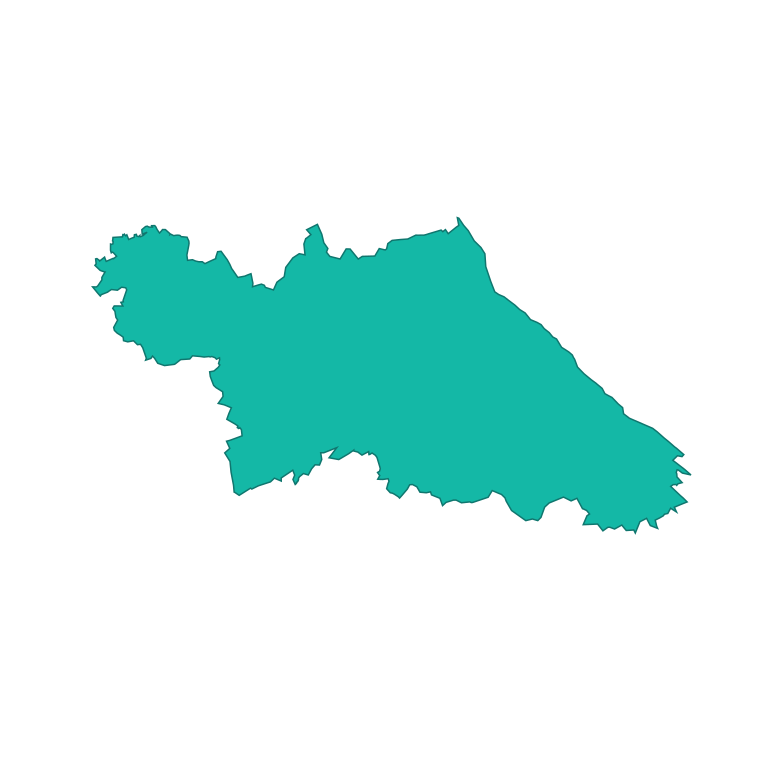 Central Karoo, Western Cape, South Africa, rotated 230°
{"feature_id": "47623444B66747201173997", "entity_name": "Central Karoo", "entity_type": "district", "adm_level": 2, "iso_a3": "ZAF", "parent_name": "South Africa", "parent_adm1": "Western Cape", "projection": "equal_earth", "projection_center": [22.176, -32.556], "detail": "fine", "context": "isolated", "style": "filled", "palette": "teal", "viewbox_px": 768, "rotation_deg": 230, "n_neighbors": 0, "source": "geoboundaries", "source_scale": "gbopen_adm2", "svg_char_len": 6035}
<svg xmlns="http://www.w3.org/2000/svg" viewBox="0 0 768 768"><g transform="rotate(230 384 384)"><path d="M660.7,238.8L653.5,239.6L652.2,240.3L649.3,242.1L649.1,242.3L647.0,236.4L645.1,234.8L643.1,227.7L643.2,226.1L645.7,223.2L638.0,223.1L633.7,223.2L633.7,223.4L634.2,224.8L632.0,231.4L632.1,231.5L631.6,235.9L627.2,240.1L626.8,245.2L623.7,248.0L621.5,247.4L615.7,237.8L614.5,237.2L615.7,234.9L611.6,234.1L617.2,227.5L616.3,224.8L612.6,224.6L610.0,223.0L607.2,221.4L604.2,221.1L601.1,213.3L598.3,211.9L594.5,212.3L590.5,213.6L587.5,214.3L584.6,212.3L581.0,214.8L578.1,219.9L572.6,220.4L570.9,223.0L566.9,222.5L556.5,218.5L555.5,216.7L553.4,221.9L554.2,224.6L551.3,224.8L545.3,224.0L539.2,227.7L533.9,235.9L533.6,236.9L533.4,243.9L528.8,250.2L528.0,251.3L528.7,255.4L523.2,260.9L520.3,263.5L517.5,267.6L516.5,268.2L515.7,269.8L512.7,271.5L510.7,271.6L509.8,274.8L508.3,273.8L505.9,270.3L504.1,270.5L503.3,267.6L503.3,262.0L505.4,258.3L501.3,255.7L496.8,254.1L492.4,252.6L489.2,253.0L481.8,255.4L477.9,252.7L475.7,244.5L470.8,248.2L463.9,251.8L461.1,246.2L458.0,240.9L449.6,244.0L446.0,245.1L445.8,245.1L445.4,244.7L445.2,243.9L445.0,243.7L444.6,244.1L444.4,244.1L444.0,243.9L443.7,243.8L443.4,244.0L443.1,244.7L443.2,245.5L440.7,245.4L435.5,242.0L437.9,235.3L440.0,229.5L441.4,226.6L433.8,224.5L433.6,217.7L424.6,216.4L423.7,216.3L414.8,210.2L403.6,203.9L402.5,203.2L397.5,199.7L397.0,200.0L391.8,201.5L390.0,214.8L388.5,215.2L386.7,222.5L384.4,228.2L382.0,234.1L382.3,239.5L375.7,242.9L378.1,244.9L376.6,258.7L371.6,257.0L369.4,252.9L364.1,251.4L364.1,251.8L364.1,252.2L364.1,252.4L364.2,252.8L364.2,253.1L364.5,253.7L364.6,254.0L364.8,253.9L364.8,254.1L364.9,254.5L364.7,255.0L364.8,255.4L365.1,255.9L365.1,256.1L365.3,256.1L365.5,256.3L365.6,256.6L365.8,257.0L365.9,257.3L366.0,257.4L366.3,257.6L366.7,257.9L366.9,258.4L367.1,258.6L367.2,258.8L367.1,259.2L367.3,259.8L367.3,260.1L367.3,260.3L367.2,264.7L363.0,267.5L365.6,274.2L366.4,279.3L363.4,282.5L366.2,287.8L372.0,291.3L370.0,293.7L365.6,306.9L362.8,294.5L355.2,300.8L353.3,312.2L352.8,318.2L352.3,317.6L348.7,320.2L343.7,321.4L342.1,328.8L339.6,327.1L339.2,327.8L338.8,330.5L334.9,331.6L332.2,331.4L323.6,327.7L321.5,326.7L320.0,324.4L320.4,322.2L317.1,321.9L316.6,321.9L315.1,318.0L313.3,319.9L311.6,321.8L310.6,323.4L308.8,326.3L306.3,325.3L305.1,323.0L302.1,318.7L296.7,318.9L294.9,320.3L292.7,321.2L288.4,322.5L286.6,322.6L287.2,326.7L288.5,334.3L290.3,338.9L288.7,341.2L284.2,343.1L281.3,342.6L278.0,342.0L273.5,346.5L271.5,350.3L268.5,349.1L260.5,353.4L253.2,350.7L253.4,355.5L250.4,362.6L248.7,364.6L243.2,367.0L238.5,374.0L237.1,374.6L236.3,375.7L230.3,391.0L232.8,398.4L226.5,401.6L223.9,403.0L219.0,403.5L215.7,402.3L205.1,400.4L188.2,404.8L185.2,410.9L180.5,414.0L180.9,418.5L182.9,421.9L186.4,427.9L186.7,434.1L182.0,448.8L174.2,452.2L172.4,458.3L160.9,455.9L160.8,456.1L156.9,457.9L152.3,457.9L152.6,454.8L148.2,446.2L139.4,457.6L130.8,457.3L130.3,463.4L129.3,464.8L124.7,467.4L123.7,472.4L123.1,475.5L118.9,475.4L116.1,475.4L111.6,481.5L108.3,480.7L114.0,491.5L113.4,494.1L112.3,498.8L104.4,497.0L97.5,500.8L99.8,501.5L105.4,504.3L104.2,509.2L103.5,513.3L104.0,515.1L102.4,518.2L104.6,523.7L97.9,525.8L103.0,527.2L100.9,534.0L98.8,540.4L104.4,539.9L108.1,539.3L121.3,537.8L121.1,540.7L119.3,543.1L118.2,543.1L118.6,545.1L116.8,549.0L124.5,548.7L127.1,550.6L128.3,550.9L129.9,553.4L128.8,554.2L124.0,555.3L117.0,560.7L125.3,559.4L139.9,556.2L140.4,562.7L136.8,565.6L137.2,568.3L147.0,566.7L148.9,566.2L157.3,564.9L162.4,563.9L171.9,562.5L177.4,561.3L200.0,550.0L207.2,548.4L212.5,551.6L218.1,550.6L227.2,550.0L230.7,548.5L234.6,547.0L240.4,548.3L246.9,547.1L248.3,546.9L254.0,545.5L263.2,543.8L272.5,543.1L280.4,545.9L282.7,546.2L285.1,546.9L289.6,546.2L293.6,545.0L297.9,543.6L307.6,545.1L311.5,543.5L317.1,543.6L323.5,542.3L328.5,542.5L332.7,540.9L339.1,537.6L347.7,537.8L353.8,535.8L360.2,535.0L368.4,533.1L373.6,532.0L378.8,529.4L383.4,528.1L394.0,531.7L408.5,537.4L418.9,545.0L426.2,546.0L435.6,545.1L447.3,547.1L454.4,547.0L462.9,547.9L464.3,547.1L457.4,543.2L457.7,540.2L457.9,529.8L462.8,530.3L462.9,527.0L465.2,526.7L470.3,514.9L471.5,512.0L471.7,511.7L472.3,510.3L473.8,508.6L475.7,506.2L477.6,504.0L479.8,495.4L484.2,489.3L488.8,482.5L489.1,477.2L485.8,472.8L485.9,471.1L490.8,467.4L487.9,459.2L495.7,449.4L496.3,444.6L509.2,444.8L511.8,441.8L508.0,430.7L516.6,424.5L522.0,424.7L523.9,428.1L530.9,428.7L538.7,432.6L549.1,435.6L551.9,423.9L545.4,424.0L545.4,422.2L545.5,418.3L545.7,417.5L543.2,413.4L542.7,412.6L533.7,406.5L536.6,404.2L538.3,402.8L539.2,395.2L537.7,388.9L536.5,383.7L530.3,376.5L530.7,370.0L530.8,367.4L527.1,359.8L534.3,355.2L536.5,355.8L539.3,354.3L539.9,353.0L540.5,351.7L543.0,345.8L545.4,348.3L545.9,348.6L547.8,349.6L551.0,351.4L554.0,353.0L555.3,349.3L556.1,346.7L559.6,340.5L567.6,341.3L570.3,341.5L574.8,342.8L580.0,343.8L590.4,344.5L592.3,341.6L589.3,336.8L588.2,335.7L590.0,329.2L590.7,326.5L591.3,324.2L594.4,323.4L596.7,320.7L599.3,318.7L602.3,317.2L605.0,313.0L609.5,315.9L615.4,323.2L617.1,325.1L618.7,326.2L619.0,326.4L621.4,327.0L622.0,327.2L623.0,327.5L626.4,324.2L627.1,323.4L629.1,323.1L630.5,321.8L631.7,320.2L632.8,318.3L636.2,316.8L636.2,316.4L636.4,316.7L642.8,315.8L644.7,313.6L644.4,312.4L643.9,309.1L644.5,309.1L648.3,309.5L651.0,310.2L652.7,310.2L654.6,307.8L653.1,307.4L655.3,304.8L657.1,304.1L657.9,302.5L657.9,297.7L654.2,295.1L652.5,300.1L652.7,296.5L652.5,295.3L653.3,292.3L653.5,291.9L654.4,292.1L654.7,292.4L654.6,290.8L655.1,290.5L656.2,289.7L657.8,290.5L658.8,288.8L657.0,286.9L658.0,284.2L658.8,281.3L663.6,282.9L663.6,281.4L665.7,281.4L665.5,280.6L666.3,280.0L665.6,279.1L664.9,278.5L664.8,278.3L670.5,270.6L669.0,269.1L668.1,268.0L667.3,268.1L665.6,266.4L666.1,265.1L667.0,264.5L666.2,263.8L662.3,260.5L661.3,260.0L659.8,259.4L659.8,260.5L658.6,261.1L655.7,261.2L653.8,261.3L653.8,257.5L654.3,257.4L656.5,250.0L659.6,251.0L660.8,251.5L661.0,245.3L661.7,245.4L664.6,244.7L665.0,244.0L665.2,243.5L661.0,240.7L661.0,240.0L660.7,238.8Z" fill="#14b8a6" stroke="#0f766e" stroke-width="1.5"/></g></svg>